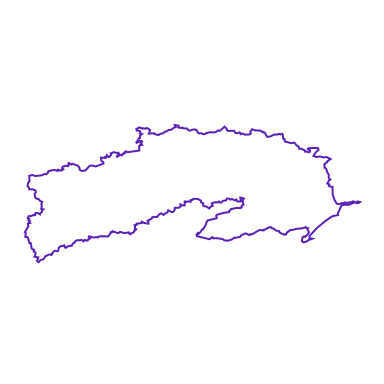 Tha Mai, Chanthaburi, Thailand, rotated 269°
{"feature_id": "78962969B20525991474584", "entity_name": "Tha Mai", "entity_type": "district", "adm_level": 2, "iso_a3": "THA", "parent_name": "Thailand", "parent_adm1": "Chanthaburi", "projection": "equal_earth", "projection_center": [101.972, 12.718], "detail": "fine", "context": "isolated", "style": "outline", "palette": "violet", "viewbox_px": 384, "rotation_deg": 269, "n_neighbors": 0, "source": "geoboundaries", "source_scale": "gbopen_adm2", "svg_char_len": 6039}
<svg xmlns="http://www.w3.org/2000/svg" viewBox="0 0 384 384"><g transform="rotate(269 192 192)"><path d="M125.8,35.9L124.7,36.8L124.7,37.6L126.6,39.3L127.4,42.4L130.4,44.4L131.9,47.8L132.1,49.0L131.5,50.1L131.9,50.9L132.8,50.9L135.3,53.0L135.6,54.1L135.1,56.1L135.6,57.3L138.5,57.8L140.1,59.4L140.1,61.2L140.9,63.3L138.7,64.0L138.5,65.2L139.7,66.4L140.5,70.9L142.5,71.9L143.4,73.6L144.8,74.4L145.9,76.5L145.6,79.0L146.1,80.4L145.7,81.5L144.5,82.5L146.0,84.1L145.2,85.6L145.4,87.0L146.3,87.2L147.3,89.2L149.0,87.9L149.5,88.3L148.1,93.4L148.6,95.5L148.1,96.8L148.9,97.7L149.5,101.2L149.0,102.2L149.3,103.8L148.9,107.2L152.3,110.1L153.2,110.0L153.6,110.8L153.3,111.8L154.1,112.2L152.2,116.9L152.7,118.8L153.4,119.3L152.1,123.6L152.7,128.2L151.4,128.6L150.9,129.7L151.4,129.8L152.6,132.8L153.7,133.3L155.5,135.6L155.9,135.4L155.6,134.1L158.6,134.5L159.9,134.1L160.2,136.1L161.3,136.1L161.8,141.0L163.2,141.4L161.9,143.4L161.1,147.8L163.1,147.9L164.0,147.2L166.3,151.4L167.5,151.9L167.7,156.6L170.4,159.1L171.2,161.0L169.6,163.2L171.4,165.4L171.8,166.9L174.1,167.9L172.4,171.2L172.3,172.6L173.8,174.1L176.4,174.5L176.5,178.7L177.8,180.4L179.8,180.2L178.7,182.9L178.8,184.5L182.6,184.5L182.8,185.3L182.1,185.9L182.7,188.1L182.2,190.4L183.9,190.4L184.1,192.4L185.1,193.1L185.0,197.4L183.3,200.7L181.4,201.0L180.5,203.1L178.7,202.8L177.7,203.4L177.4,205.8L175.2,209.0L176.8,210.0L177.9,212.5L180.4,211.6L181.3,214.8L181.1,217.4L182.1,218.7L180.9,219.9L180.9,220.9L182.6,222.9L183.1,225.9L184.8,226.8L184.7,229.0L183.7,230.6L184.3,231.4L184.2,232.2L182.9,234.6L183.7,236.3L181.9,237.0L181.6,240.2L181.9,240.7L185.5,240.2L185.0,242.8L184.4,243.7L182.6,242.0L182.3,242.7L180.4,242.6L178.4,243.3L177.4,241.4L175.5,241.2L175.1,239.3L175.4,236.6L174.2,230.6L172.8,229.7L172.5,228.9L171.2,228.7L170.7,223.7L168.8,216.6L168.1,215.9L165.3,216.2L163.4,207.4L161.8,206.0L159.5,205.5L154.5,202.4L154.7,201.8L150.6,198.7L151.1,197.2L150.3,196.6L149.9,197.2L149.3,195.8L147.8,196.1L144.5,208.6L146.5,211.7L145.5,212.2L145.2,213.1L145.5,214.5L145.0,218.7L144.2,222.3L143.1,223.4L142.7,227.1L143.9,231.1L145.6,233.4L145.3,234.2L146.1,237.2L146.0,239.0L148.0,240.6L149.7,244.8L147.9,248.8L148.8,249.6L148.5,250.9L152.5,258.2L152.8,259.5L152.3,262.8L153.0,263.0L153.1,264.0L155.3,268.5L155.6,270.2L154.5,270.9L154.1,272.7L151.9,275.6L151.4,278.6L150.3,278.6L149.5,279.7L147.7,283.5L148.1,283.9L147.8,285.2L150.2,286.5L151.0,288.2L152.1,289.1L152.5,290.4L152.2,291.5L153.3,295.4L153.8,301.9L154.9,305.1L154.2,305.2L153.7,307.3L153.0,306.7L149.7,308.2L147.9,307.3L145.9,305.2L145.7,303.7L145.2,303.8L145.4,302.9L144.5,301.6L140.9,301.0L139.7,302.8L140.8,306.3L141.7,307.3L143.2,311.5L143.8,308.7L145.3,308.6L146.5,309.3L153.8,316.3L160.0,323.9L165.2,331.6L166.5,337.7L168.6,337.7L175.9,341.2L176.7,344.6L176.4,346.5L176.8,350.1L178.0,351.7L178.1,353.5L179.5,354.0L179.8,352.5L178.9,351.2L179.0,349.1L178.2,347.2L179.0,344.8L178.0,343.7L178.4,341.7L177.6,340.3L177.5,337.5L177.8,336.5L182.0,334.2L187.2,332.6L194.7,332.6L195.2,329.4L195.6,328.9L197.2,329.4L198.1,327.5L200.3,328.6L202.2,330.5L202.7,329.4L203.8,328.9L206.8,329.1L209.6,327.5L212.0,326.9L213.3,326.2L214.1,324.9L217.8,325.0L219.4,327.7L220.4,327.9L222.5,331.1L224.6,327.2L224.3,324.4L225.3,320.7L224.8,317.1L225.9,314.1L229.5,316.4L231.8,319.2L233.2,319.1L233.9,318.2L233.7,309.1L232.9,308.6L231.4,310.7L230.3,310.8L229.6,309.1L230.5,307.2L230.3,305.8L231.7,305.4L233.2,302.2L233.5,299.8L235.7,299.3L236.7,297.5L239.6,295.1L239.1,291.9L241.0,285.6L243.0,285.7L243.6,284.2L247.9,283.7L248.7,283.0L248.0,281.3L248.6,280.0L247.9,278.1L248.0,275.1L246.1,271.2L245.8,268.1L250.3,265.6L250.3,264.2L251.1,263.9L251.2,262.7L252.2,261.5L252.5,256.5L253.7,253.1L252.2,252.4L251.5,251.3L249.3,251.7L248.9,251.2L248.5,250.3L248.4,246.0L249.6,243.8L249.0,241.6L250.3,241.2L250.8,240.4L250.0,238.8L250.2,236.6L252.5,235.0L252.4,229.1L253.2,228.0L254.6,227.8L256.7,225.7L252.6,220.8L253.1,218.9L251.8,217.3L251.1,215.0L251.5,212.4L250.8,207.6L249.7,206.2L249.7,204.3L250.6,202.4L250.5,199.6L251.9,198.5L253.1,198.3L254.4,196.7L254.4,194.2L253.4,190.8L253.8,189.5L255.6,188.0L255.7,184.9L256.5,183.7L256.1,182.7L256.8,179.4L258.5,179.8L259.3,176.0L257.0,176.8L256.6,175.1L254.6,172.3L254.4,169.7L252.9,167.2L253.0,166.4L251.2,164.1L250.7,161.5L249.5,159.2L250.6,155.5L251.4,155.1L251.2,149.9L254.8,151.1L256.9,147.9L256.1,146.7L256.6,143.8L256.2,143.4L257.6,140.7L255.9,137.4L254.4,137.8L254.0,140.6L252.8,141.4L251.5,141.1L250.8,143.0L249.3,141.0L246.8,140.8L246.6,139.8L245.8,139.7L242.6,137.2L242.2,137.5L243.7,140.5L244.0,142.3L243.2,142.9L242.2,141.7L239.9,142.9L240.2,141.1L239.5,141.1L238.9,140.0L234.4,140.1L232.9,128.2L233.6,127.0L233.5,125.8L232.3,125.8L232.0,124.4L231.2,124.2L231.2,123.2L229.8,122.5L230.4,120.8L228.5,117.8L229.2,117.5L231.0,119.8L232.6,119.1L232.2,118.0L233.2,114.5L232.0,111.4L230.6,112.0L228.6,109.8L228.5,108.8L230.3,107.5L228.4,106.8L228.4,105.8L227.6,106.0L228.0,101.6L224.7,102.0L223.6,103.7L222.0,104.0L219.2,96.2L220.2,92.7L220.0,90.1L215.8,86.2L215.2,85.1L215.0,82.2L215.6,81.0L216.4,80.0L218.6,79.8L220.2,78.4L222.4,72.8L221.7,72.3L221.9,70.7L223.2,69.5L223.1,69.1L220.1,68.7L220.5,66.4L219.6,63.2L218.1,62.6L217.0,63.8L216.0,62.5L216.2,62.0L215.6,61.2L216.7,58.3L216.2,57.7L215.5,57.8L216.5,54.6L215.4,48.9L213.9,48.3L212.3,46.7L212.4,44.3L211.3,41.9L210.7,35.6L211.8,32.7L211.0,29.5L205.6,29.7L204.0,28.3L200.7,27.6L199.5,28.9L197.5,29.4L197.5,32.9L196.2,35.5L194.6,35.9L192.8,34.6L189.8,35.0L188.2,36.0L187.6,38.6L185.7,39.9L184.7,42.1L182.2,41.1L180.8,41.6L177.8,41.0L177.3,43.0L176.2,41.7L174.4,41.4L173.3,39.7L172.3,39.6L173.9,36.7L173.7,35.1L171.6,34.8L171.7,33.0L170.6,30.3L170.7,28.3L168.8,27.3L167.8,28.8L166.6,28.0L165.7,29.5L164.7,28.7L163.9,29.5L163.4,27.3L160.6,27.8L154.7,24.2L154.0,25.1L150.0,24.6L149.6,27.0L143.8,28.6L143.8,29.8L138.4,30.7L137.5,31.5L137.0,33.1L135.4,32.7L134.5,34.3L132.3,34.4L130.0,33.4L129.3,37.2L125.8,35.9ZM178.8,355.9L177.9,356.2L178.1,358.4L179.0,359.8L179.7,357.5L178.8,355.9Z" fill="none" stroke="#5b21b6" stroke-width="2"/></g></svg>